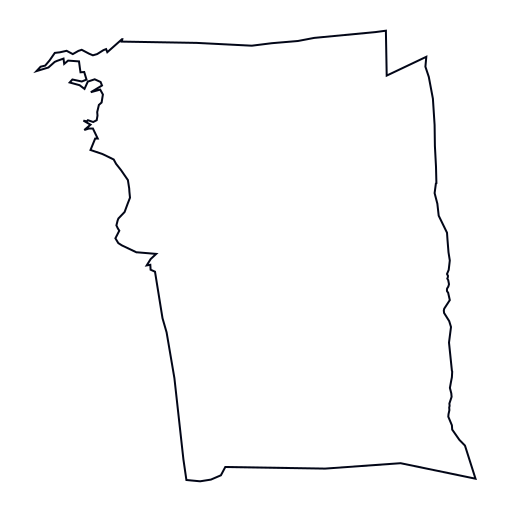 outline of Tintane, Hodh el Gharbi, Mauritania
{"feature_id": "47542326B49589683558539", "entity_name": "Tintane", "entity_type": "district", "adm_level": 2, "iso_a3": "MRT", "parent_name": "Mauritania", "parent_adm1": "Hodh el Gharbi", "projection": "albers", "projection_center": [-10.457, 15.991], "detail": "fine", "context": "isolated", "style": "outline", "palette": "ink", "viewbox_px": 512, "rotation_deg": 0, "n_neighbors": 0, "source": "geoboundaries", "source_scale": "gbopen_adm2", "svg_char_len": 2046}
<svg xmlns="http://www.w3.org/2000/svg" viewBox="0 0 512 512"><path d="M385.9,31.4L385.9,30.7L375.3,32.1L314.2,37.9L297.9,41.0L271.8,43.2L251.8,45.7L196.8,42.9L121.7,41.6L122.3,39.2L122.0,39.2L107.3,52.2L106.8,50.9L106.1,49.1L103.5,50.1L97.1,54.1L92.9,55.3L89.1,53.7L81.7,49.8L78.4,50.9L72.8,54.1L66.6,50.8L59.9,52.3L54.8,52.9L49.6,60.4L45.2,65.6L40.6,66.7L36.5,71.1L48.4,67.5L54.7,61.9L57.0,60.9L63.5,58.6L64.2,63.9L68.1,60.6L79.0,61.4L79.9,68.2L80.5,72.3L84.2,72.0L86.5,79.6L81.8,81.5L72.4,79.5L69.7,82.5L79.6,85.2L84.5,88.9L87.8,81.6L92.0,80.2L94.7,79.3L100.6,82.0L102.0,85.5L93.2,90.8L90.8,92.2L100.2,89.6L102.9,94.5L101.6,102.5L98.9,104.9L97.2,112.1L97.5,115.6L96.7,120.2L93.2,122.0L87.9,120.2L86.8,121.4L83.4,120.6L90.5,124.7L84.3,130.0L89.0,128.5L92.9,128.5L97.7,138.5L95.2,138.5L90.5,150.0L102.1,153.9L104.3,154.9L113.7,159.5L116.1,163.9L121.0,170.1L127.9,180.1L129.2,188.5L129.4,191.7L130.0,197.7L127.7,203.6L124.6,212.0L118.4,218.5L117.9,219.8L117.6,220.6L116.4,225.4L117.9,228.5L119.3,230.7L115.4,238.3L118.3,243.1L121.9,245.4L136.4,252.3L137.0,252.3L156.2,253.9L150.7,259.0L146.7,265.4L150.3,264.8L150.6,269.7L155.0,271.7L162.5,318.2L166.6,332.4L174.4,378.1L183.4,459.3L186.4,480.0L200.1,481.3L210.9,479.6L220.9,475.3L225.3,467.0L325.1,468.6L400.6,463.2L472.6,478.1L475.5,478.7L465.2,446.3L464.9,445.5L459.4,439.9L452.2,429.6L451.9,425.3L448.3,416.7L448.5,414.2L449.4,410.1L449.2,407.5L449.6,405.9L449.4,403.5L450.9,399.0L451.6,396.8L451.3,393.4L449.9,387.9L450.3,385.7L451.0,381.8L451.9,377.2L452.2,371.6L451.9,370.7L449.0,342.6L451.0,327.0L449.2,321.1L444.1,313.0L443.8,310.6L444.2,308.7L449.8,300.1L448.1,292.6L447.1,291.4L446.9,290.0L447.1,288.5L448.3,286.6L449.0,284.2L448.2,280.1L447.3,278.6L447.8,277.4L448.0,275.9L447.0,274.0L448.7,269.9L449.8,260.5L448.5,252.3L447.5,239.9L447.0,232.7L438.7,215.7L437.4,204.1L437.4,203.9L434.6,193.1L435.9,183.5L436.4,183.2L436.0,166.8L434.9,146.0L434.6,125.0L432.9,98.7L428.8,76.9L425.4,66.7L426.3,56.8L386.7,75.6L385.9,31.6L385.9,31.4Z" fill="none" stroke="#020617" stroke-width="2"/></svg>